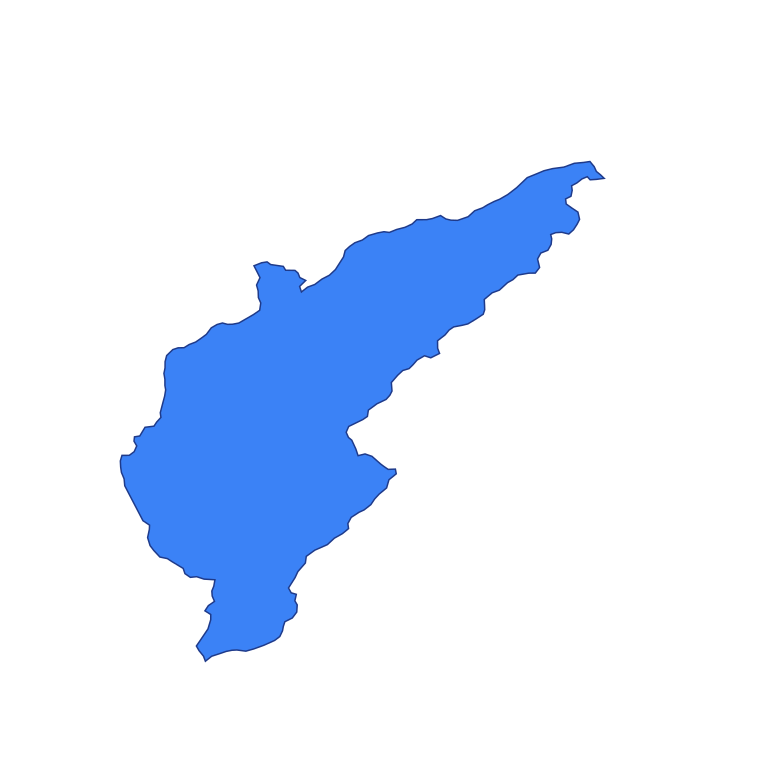 outline of Amorinópolis, Goiás, Brazil, rotated 240°
{"feature_id": "56859067B52837395632333", "entity_name": "Amorinópolis", "entity_type": "district", "adm_level": 2, "iso_a3": "BRA", "parent_name": "Brazil", "parent_adm1": "Goiás", "projection": "equal_earth", "projection_center": [-51.105, -16.664], "detail": "fine", "context": "isolated", "style": "filled", "palette": "blue", "viewbox_px": 768, "rotation_deg": 240, "n_neighbors": 0, "source": "geoboundaries", "source_scale": "gbopen_adm2", "svg_char_len": 3129}
<svg xmlns="http://www.w3.org/2000/svg" viewBox="0 0 768 768"><g transform="rotate(240 384 384)"><path d="M551.4,330.5L545.2,330.2L538.1,329.8L533.4,323.1L527.6,321.6L521.6,318.4L515.8,317.8L510.0,313.2L509.4,305.7L509.4,294.8L509.4,288.7L511.5,282.7L513.9,278.3L517.6,274.6L519.0,269.2L519.0,262.5L515.8,255.0L515.1,248.9L514.5,241.9L515.6,235.0L515.4,229.0L518.3,223.7L519.4,218.3L517.3,210.0L512.8,205.6L507.4,202.4L503.2,198.7L497.6,196.6L492.2,193.5L488.1,192.0L483.2,188.0L478.0,182.8L471.0,175.9L466.6,174.1L464.7,168.1L462.5,163.7L466.0,155.4L461.1,146.5L463.0,141.5L459.5,138.9L454.0,138.9L450.3,133.8L449.6,127.7L453.2,121.4L449.2,117.2L443.7,114.4L438.7,112.4L431.8,111.5L425.5,108.6L386.1,106.9L379.0,110.4L375.4,108.1L369.2,102.5L361.0,100.6L354.9,101.4L346.2,103.4L341.1,109.1L336.3,111.5L324.7,117.9L319.3,116.8L313.4,119.6L310.8,125.4L305.0,130.6L299.0,139.7L294.0,135.5L290.8,131.4L286.3,129.2L280.5,128.5L279.9,121.1L277.1,115.5L271.0,118.7L266.5,116.1L259.9,109.1L253.9,96.8L250.9,90.5L245.5,90.5L238.6,91.6L233.2,90.7L234.4,98.6L232.6,107.1L231.3,113.7L229.4,119.3L227.2,123.6L221.7,130.8L219.7,138.7L217.8,149.4L216.6,161.1L217.4,167.5L221.0,172.7L224.4,175.6L227.7,179.3L227.2,187.6L230.1,194.4L236.1,198.4L240.8,198.4L245.7,202.9L249.6,199.2L255.1,199.3L260.8,210.2L264.6,215.6L268.3,226.4L273.6,230.5L274.7,241.0L273.2,254.7L275.3,263.9L275.2,273.2L276.5,281.0L281.2,282.9L284.9,288.9L285.4,298.2L284.9,303.8L286.1,312.3L289.1,318.4L291.1,324.8L292.7,334.3L298.6,340.4L300.1,349.7L304.6,351.3L308.0,344.9L312.6,342.7L316.6,341.0L327.4,337.4L332.9,332.6L334.9,325.7L341.7,327.1L351.4,328.0L355.5,326.5L361.1,327.1L364.9,332.2L364.4,339.2L363.8,347.9L364.2,353.4L369.2,357.4L370.4,368.0L369.6,378.1L371.3,383.4L373.9,387.4L381.6,391.1L384.7,400.1L386.3,407.0L384.8,413.4L386.2,418.8L388.2,424.6L388.2,433.2L383.3,437.6L382.7,447.4L388.1,448.3L394.7,452.0L396.0,461.5L398.2,467.4L398.6,472.9L395.8,480.9L394.1,486.7L394.3,495.9L394.8,504.8L397.9,508.3L402.0,510.5L407.1,513.1L408.9,523.3L407.6,530.8L410.0,541.7L409.9,547.8L411.4,554.4L407.6,564.8L404.4,570.5L407.1,577.0L415.5,579.5L419.0,585.3L417.9,592.8L421.3,598.5L425.8,601.8L430.1,603.1L429.2,608.4L426.5,613.8L421.5,619.0L422.8,625.2L425.8,631.1L428.8,635.7L435.9,637.9L442.2,634.8L448.8,631.8L453.5,633.8L453.1,639.8L457.6,643.8L461.9,645.6L461.7,651.6L462.6,658.0L461.9,663.7L457.8,664.6L455.0,670.3L452.0,677.5L456.9,676.1L461.9,674.2L467.1,674.7L473.7,673.6L476.0,667.8L480.0,659.1L481.9,648.2L486.2,637.8L488.7,629.2L489.6,622.1L491.1,611.2L487.7,597.1L486.2,585.9L486.2,576.4L487.0,570.7L487.4,563.4L487.3,557.3L488.7,549.2L486.8,540.5L488.9,529.6L492.4,523.9L496.0,520.1L501.6,517.2L503.1,508.6L505.0,503.1L509.9,494.5L508.5,488.4L509.2,480.5L511.5,472.2L512.6,464.4L515.9,460.1L518.1,453.8L520.3,444.8L519.5,437.2L520.9,429.5L520.3,423.0L519.0,417.1L514.3,412.5L507.4,399.2L505.5,391.1L505.9,382.7L504.8,373.8L506.1,366.3L505.0,358.5L510.7,359.7L512.8,368.0L518.3,364.3L523.1,365.0L526.9,363.7L531.7,355.7L536.2,355.6L540.0,350.8L544.1,345.6L548.2,343.8L550.2,338.6L551.4,330.5Z" fill="#3b82f6" stroke="#1e3a8a" stroke-width="1.5"/></g></svg>